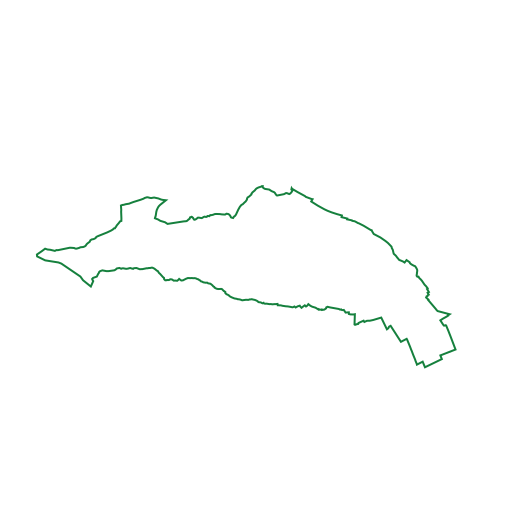 outline of Racu, Harghita, Romania, rotated 12°
{"feature_id": "2599482B90471627736473", "entity_name": "Racu", "entity_type": "district", "adm_level": 2, "iso_a3": "ROU", "parent_name": "Romania", "parent_adm1": "Harghita", "projection": "orthographic", "projection_center": [25.705, 46.459], "detail": "fine", "context": "isolated", "style": "outline", "palette": "green", "viewbox_px": 512, "rotation_deg": 12, "n_neighbors": 0, "source": "geoboundaries", "source_scale": "gbopen_adm2", "svg_char_len": 6084}
<svg xmlns="http://www.w3.org/2000/svg" viewBox="0 0 512 512"><g transform="rotate(12 256 256)"><path d="M100.8,320.2L102.0,314.4L101.3,313.8L101.1,313.2L100.5,312.6L101.2,311.3L104.6,309.2L105.3,306.4L105.8,305.3L105.8,304.5L106.6,303.3L108.7,302.0L112.7,301.9L114.8,301.5L118.9,300.0L120.5,299.4L121.5,298.5L122.5,297.1L124.9,296.1L126.8,296.5L127.6,295.9L129.1,295.6L131.0,295.6L132.2,295.4L133.7,294.8L134.5,294.3L135.6,293.9L137.3,294.1L138.4,294.1L138.5,293.7L139.8,293.1L141.6,292.6L144.9,293.1L147.5,292.5L151.4,290.8L152.7,290.5L153.7,290.0L154.8,289.8L156.6,289.0L157.3,289.0L158.6,289.3L159.7,289.7L162.2,291.0L163.0,291.1L164.6,292.7L166.0,293.5L169.4,296.0L170.5,296.5L171.0,297.8L172.2,298.6L173.1,298.5L174.0,297.9L174.9,297.9L176.2,297.4L176.9,296.6L178.6,296.4L180.7,297.2L182.2,296.8L184.1,296.6L185.1,295.3L185.6,294.4L187.7,295.4L188.1,295.5L189.6,295.0L192.3,292.8L194.0,291.7L196.5,291.3L197.4,291.0L199.6,290.7L200.6,290.4L201.9,290.4L203.5,290.8L204.5,290.8L205.4,291.3L206.3,291.5L207.3,292.2L208.6,292.3L209.9,292.7L212.5,292.6L213.7,292.2L214.9,292.7L217.2,292.6L219.4,293.7L220.7,294.7L221.6,294.9L222.1,295.6L224.2,296.2L225.8,296.2L229.0,295.4L229.9,295.6L230.2,295.9L231.9,297.0L232.3,297.0L233.5,297.6L233.6,298.5L235.0,299.5L236.2,299.7L237.5,300.1L238.4,300.7L239.3,301.1L240.9,301.5L243.7,302.0L246.0,301.9L247.4,302.1L248.0,301.9L249.8,301.9L251.7,302.2L255.3,300.9L257.7,300.5L259.0,299.7L259.8,299.6L260.9,299.1L261.4,299.2L264.1,299.2L265.7,299.5L267.0,299.9L267.8,300.5L268.2,300.6L270.3,300.4L271.6,300.8L272.4,300.9L273.1,300.3L273.3,300.6L274.2,300.8L275.2,300.7L276.4,300.4L279.2,300.3L280.6,299.9L281.9,299.9L284.2,299.2L285.2,299.0L287.0,298.4L287.5,299.7L290.4,299.1L292.2,299.2L295.6,299.0L297.6,298.7L300.2,298.6L302.3,298.6L302.8,298.4L304.1,297.4L305.5,298.1L307.2,296.6L309.1,295.5L309.9,296.3L311.3,297.2L312.1,296.2L314.0,294.1L315.4,295.0L316.2,294.2L316.7,293.4L317.2,292.2L319.6,293.4L321.5,293.9L325.0,294.2L328.3,295.4L328.5,294.9L329.6,295.3L331.4,294.6L331.7,295.1L334.0,294.2L335.5,292.6L335.4,291.7L336.5,290.8L338.9,290.9L348.1,290.6L349.5,291.0L350.3,290.5L351.3,291.0L352.4,290.8L353.1,290.5L355.4,292.7L358.5,291.8L358.9,293.4L360.4,293.5L363.3,293.0L364.8,292.4L366.6,302.5L367.0,302.7L367.8,302.5L368.2,302.0L370.1,301.2L370.2,300.2L374.7,296.9L375.7,298.0L378.0,296.3L380.9,295.6L384.0,294.2L391.3,290.2L399.3,300.5L400.4,299.2L400.8,297.7L401.1,297.2L402.2,296.3L415.6,309.8L420.6,305.7L421.3,306.5L425.6,312.8L427.2,315.3L428.0,316.4L430.3,320.0L433.3,324.4L433.7,325.2L435.6,328.0L436.0,328.8L441.0,324.7L444.4,329.7L459.2,318.2L457.0,314.9L470.6,306.0L463.0,294.2L459.7,289.2L456.4,284.4L456.0,284.3L455.7,284.3L454.9,284.9L454.3,285.0L453.4,284.3L449.7,280.6L452.0,278.3L455.1,275.6L456.3,274.4L456.1,274.1L457.5,272.7L445.1,272.1L444.0,271.4L442.7,270.3L433.5,263.2L433.7,262.8L432.0,261.8L431.5,261.6L431.0,261.1L431.3,260.5L431.3,260.0L432.1,259.5L432.1,259.0L432.3,258.5L433.0,257.9L431.5,256.3L432.6,255.3L430.2,252.8L430.8,252.2L430.6,251.9L428.5,250.1L427.1,249.2L426.4,248.6L423.4,245.7L421.8,244.5L420.7,243.9L420.1,243.4L419.2,242.4L418.4,242.7L418.1,242.7L417.3,242.0L417.1,241.4L417.1,239.9L416.9,239.0L416.9,238.0L416.7,236.5L416.4,235.8L415.8,235.0L415.0,234.1L414.0,233.1L413.4,232.8L412.4,232.7L409.8,231.9L408.5,231.3L408.0,230.9L407.6,230.2L404.1,228.7L402.7,231.5L400.9,230.8L397.8,230.2L397.3,230.2L396.6,229.9L395.6,229.0L394.6,228.3L392.7,226.6L390.3,225.2L390.0,224.7L388.5,221.5L387.2,220.0L386.6,218.7L382.3,215.8L379.5,214.4L373.8,212.0L366.6,210.0L364.7,208.0L363.7,206.7L363.0,206.8L354.9,204.0L349.6,202.6L348.9,202.6L347.1,202.0L345.7,201.6L345.0,201.5L343.4,201.6L342.6,201.5L342.4,201.2L337.5,201.2L337.5,200.4L331.6,200.2L331.6,198.5L326.6,198.2L320.9,197.6L316.6,196.9L313.2,196.1L306.0,193.9L298.7,191.2L299.5,188.7L298.4,188.7L292.4,187.8L291.4,187.2L283.0,184.7L278.0,183.0L277.1,182.6L276.8,182.3L276.8,183.6L278.2,184.1L277.4,186.3L276.5,187.8L275.6,188.5L273.2,188.1L272.3,188.2L270.5,189.7L264.2,192.4L263.6,192.4L262.6,191.6L261.2,190.2L260.4,189.8L257.8,189.3L255.9,188.6L255.4,188.3L254.3,188.3L250.9,188.5L249.5,188.1L248.4,187.5L248.1,186.9L248.1,186.3L247.3,186.4L247.1,186.8L244.1,188.5L242.5,189.8L241.8,190.8L241.2,192.1L239.3,194.5L239.2,194.8L238.6,196.0L238.7,196.3L238.7,196.8L236.8,199.4L235.6,200.5L235.3,201.8L235.4,202.7L234.5,204.9L233.7,205.9L232.3,208.1L231.1,209.1L230.0,211.2L229.0,214.4L227.8,219.7L227.1,221.2L226.3,222.0L225.7,223.6L223.8,223.5L223.4,223.3L222.4,222.0L221.4,221.2L220.5,220.8L219.9,220.7L218.3,220.8L217.3,221.8L216.6,222.0L213.9,222.4L212.0,222.5L208.1,223.2L206.7,223.7L205.6,224.5L203.9,225.3L202.8,225.5L202.6,225.8L202.3,226.4L202.0,226.8L200.7,226.8L200.2,227.0L199.7,227.9L199.0,228.2L197.5,228.2L196.7,228.7L196.3,229.1L195.1,230.2L194.1,230.3L192.9,230.3L191.3,230.5L191.1,230.7L189.7,232.4L188.8,233.1L188.4,233.3L188.0,233.3L187.7,233.2L186.5,231.8L186.3,231.7L186.0,231.7L185.6,231.5L185.5,231.2L184.9,231.0L183.4,232.0L183.4,233.2L183.3,233.4L182.8,234.0L182.5,234.1L181.4,235.8L180.4,236.5L178.0,237.2L162.8,243.0L160.0,241.9L155.1,241.5L152.5,240.6L149.3,240.1L149.3,239.2L149.5,238.1L149.5,236.6L149.3,233.6L149.4,231.5L150.1,228.7L150.7,227.3L151.7,225.8L156.3,220.2L153.2,220.5L151.5,220.5L148.5,220.0L144.2,220.0L142.4,220.7L141.5,221.1L140.3,221.2L138.1,221.1L137.2,221.2L135.0,222.4L134.1,223.3L131.4,225.0L125.0,228.6L122.6,230.1L121.0,231.2L117.9,232.4L115.8,233.5L114.8,233.8L114.0,234.3L113.4,234.7L114.6,238.9L114.9,240.8L116.5,247.1L117.0,249.7L115.8,250.4L115.0,252.2L113.3,255.3L113.1,256.4L112.5,257.3L112.3,258.2L111.1,258.7L110.6,259.7L108.9,261.3L105.5,263.9L97.3,269.4L95.9,270.5L95.3,271.9L93.7,273.2L91.8,274.0L90.7,275.1L90.4,276.6L88.5,278.8L87.8,279.9L87.3,281.3L86.5,282.2L85.2,283.1L82.4,284.0L81.4,284.8L79.0,286.1L77.7,286.3L76.5,286.0L74.8,286.2L72.2,286.6L61.0,291.5L59.6,291.7L58.2,292.8L53.4,292.7L50.7,293.0L48.2,292.7L45.5,295.8L41.4,300.1L42.0,301.9L50.7,304.1L64.1,303.4L67.2,303.9L88.5,312.6L91.9,315.7L100.8,320.2Z" fill="none" stroke="#15803d" stroke-width="2"/></g></svg>